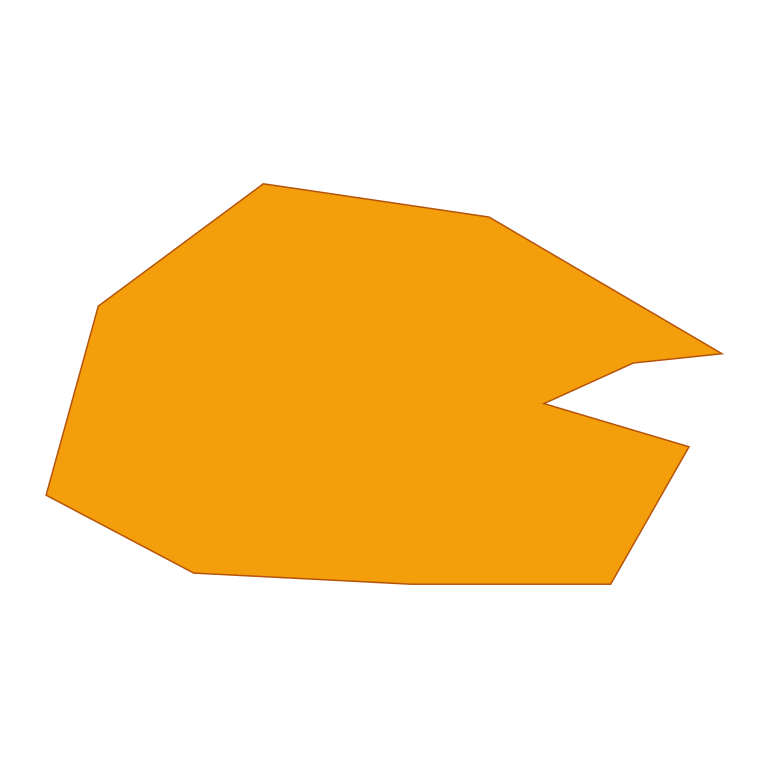 Cork, Natural Earth projection
{"feature_id": "IRL-5569", "entity_name": "Cork", "entity_type": "City", "adm_level": 1, "iso_a3": "IRL", "parent_name": "Ireland", "parent_adm1": "", "projection": "natural_earth1", "projection_center": [-8.45, 51.888], "detail": "fine", "context": "isolated", "style": "filled", "palette": "amber", "viewbox_px": 768, "rotation_deg": 0, "n_neighbors": 0, "source": "natural_earth", "source_scale": "10m", "svg_char_len": 274}
<svg xmlns="http://www.w3.org/2000/svg" viewBox="0 0 768 768"><path d="M721.9,353.7L633.3,363.0L543.9,403.6L689.0,446.8L610.7,584.2L410.9,584.2L193.7,573.1L46.1,495.2L98.3,306.1L263.3,183.8L489.1,217.1L721.9,353.7Z" fill="#f59e0b" stroke="#b45309" stroke-width="1.5"/></svg>